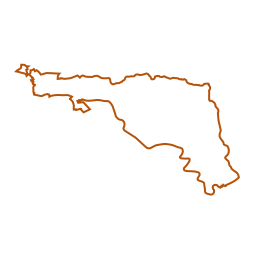 outline of Quang Tri, Quảng Trị, Vietnam, rotated 262°
{"feature_id": "81297802B92774803000720", "entity_name": "Quang Tri", "entity_type": "district", "adm_level": 2, "iso_a3": "VNM", "parent_name": "Vietnam", "parent_adm1": "Quảng Trị", "projection": "equal_earth", "projection_center": [107.145, 16.698], "detail": "fine", "context": "isolated", "style": "outline", "palette": "amber", "viewbox_px": 256, "rotation_deg": 262, "n_neighbors": 0, "source": "geoboundaries", "source_scale": "gbopen_adm2", "svg_char_len": 5845}
<svg xmlns="http://www.w3.org/2000/svg" viewBox="0 0 256 256"><g transform="rotate(262 128 128)"><path d="M63.7,230.9L66.6,230.6L68.9,229.3L70.7,227.2L73.3,224.8L73.9,224.8L75.4,224.3L76.0,223.8L76.9,223.3L77.5,223.2L79.8,223.1L81.3,222.7L82.9,221.3L84.3,220.3L84.7,220.1L85.3,220.2L85.7,220.4L87.1,222.3L88.4,223.6L89.1,223.9L89.7,224.3L90.6,224.5L92.5,224.8L93.1,224.7L94.0,224.6L95.7,224.2L96.2,223.9L97.0,222.8L97.6,221.5L98.1,220.9L98.5,220.6L100.0,220.5L101.0,220.3L104.7,218.2L107.1,217.5L109.1,217.9L112.6,219.5L113.7,219.5L119.0,219.0L122.6,218.7L130.4,219.1L131.0,219.5L132.1,219.8L133.5,219.9L134.2,219.6L137.1,217.8L137.6,217.6L138.8,217.8L140.4,217.3L141.5,216.6L143.1,214.8L143.4,214.1L143.4,213.2L143.5,212.8L143.8,212.6L144.7,212.3L148.5,212.8L152.1,213.4L153.4,213.4L154.0,213.6L154.8,214.4L155.1,214.6L156.6,214.9L157.7,214.8L158.2,214.6L159.2,213.9L159.4,213.9L160.0,214.2L160.5,213.9L160.8,213.5L160.9,213.1L161.1,210.1L161.0,209.6L160.9,209.3L160.5,209.1L159.9,208.2L159.7,207.6L159.7,206.9L159.8,206.2L160.2,204.8L160.7,204.3L160.7,203.1L161.3,201.4L161.5,199.4L161.9,198.4L162.7,197.2L162.9,196.0L163.2,195.4L163.4,194.7L163.9,194.2L164.4,193.3L165.3,192.7L167.1,192.2L167.6,192.0L167.8,191.7L168.1,191.1L168.6,190.4L168.2,189.1L168.2,188.8L168.3,188.5L168.7,188.2L169.0,187.5L168.9,187.1L168.9,186.7L169.1,185.9L169.7,184.9L170.3,184.2L170.5,183.8L170.5,183.1L170.7,182.3L171.4,179.7L171.5,179.3L171.1,178.0L170.9,176.9L171.0,176.3L171.8,174.9L172.6,173.4L172.9,173.0L173.3,171.9L173.7,171.7L174.2,171.2L174.2,170.5L174.1,170.1L173.7,169.0L173.7,168.8L174.3,166.7L175.1,166.0L175.4,164.8L175.4,163.6L175.2,161.9L174.9,161.7L174.0,161.6L173.6,161.3L173.0,160.7L172.8,159.9L172.8,159.4L172.9,158.4L173.2,158.0L175.7,157.3L176.0,157.1L176.8,156.2L177.8,156.0L178.8,155.0L179.3,154.1L179.4,153.8L179.4,153.4L179.1,152.4L179.0,151.2L178.8,150.1L178.7,149.5L178.8,146.9L179.4,146.0L179.6,145.3L179.8,144.3L179.7,143.2L179.5,142.6L178.5,141.6L178.4,140.5L178.5,139.4L178.8,138.6L178.7,137.4L178.7,135.7L179.0,134.9L179.1,134.3L178.8,133.1L178.6,132.8L178.2,132.4L176.4,131.4L175.8,130.5L175.6,129.5L175.5,129.2L174.8,128.7L173.7,125.3L173.7,124.8L174.0,122.9L173.3,119.8L173.7,118.5L174.5,117.7L175.7,117.1L178.8,117.0L179.8,116.6L180.1,115.6L180.4,112.2L180.7,110.2L181.4,108.2L181.7,108.0L183.5,105.6L183.9,104.9L184.1,103.7L184.1,102.3L184.0,101.5L183.7,100.6L183.5,99.4L183.6,98.9L183.9,97.6L184.5,93.8L186.3,90.6L186.2,90.1L185.9,89.1L185.5,88.3L184.6,87.4L185.9,86.4L187.0,85.3L185.7,79.8L185.3,77.2L185.5,72.0L185.7,71.1L186.5,69.4L186.6,68.4L186.3,68.4L186.4,67.2L186.3,66.5L186.4,65.2L188.6,65.6L191.1,67.1L191.4,67.5L193.0,59.3L193.7,55.2L193.6,53.5L193.0,49.8L193.1,49.0L193.9,48.7L195.2,48.0L196.9,46.6L197.9,45.6L197.2,43.7L198.4,43.3L199.1,43.3L199.5,43.0L199.0,42.0L198.6,40.7L198.4,40.0L198.6,39.5L197.9,39.3L196.7,39.3L195.5,38.6L194.5,37.8L194.3,37.8L191.1,40.5L190.8,40.0L189.4,41.1L188.9,40.1L188.7,39.4L188.8,38.7L187.6,39.0L187.8,40.5L187.5,40.8L187.0,40.9L186.2,40.1L185.4,40.2L185.2,39.9L184.9,39.9L184.6,40.1L183.8,41.8L183.2,41.6L183.3,41.1L183.2,40.9L182.6,40.4L180.9,39.7L179.7,39.7L177.0,39.4L176.3,39.4L175.9,40.1L174.8,39.5L174.4,39.5L174.0,39.8L173.9,40.5L171.7,46.3L171.8,48.2L172.2,48.8L172.4,49.4L172.6,50.4L172.8,53.2L172.4,53.6L172.0,54.6L169.9,54.5L170.4,55.9L170.6,57.5L170.7,59.9L170.4,63.7L169.6,67.6L169.1,72.1L168.9,73.2L166.8,76.9L165.6,75.6L165.1,74.5L164.8,74.5L164.1,75.3L162.6,76.3L161.9,76.9L159.0,77.4L157.8,77.5L155.2,77.0L153.8,76.9L153.8,79.0L153.0,79.2L153.6,83.4L153.6,84.1L153.4,84.2L153.0,83.9L149.7,86.2L151.8,92.9L159.8,87.3L159.9,82.2L161.7,81.6L161.8,82.3L161.0,82.7L161.1,83.5L162.1,82.8L162.4,83.1L161.7,84.2L162.3,84.2L162.1,86.3L162.7,86.7L162.0,88.1L160.9,90.6L160.4,93.0L160.2,96.3L160.1,101.0L159.8,102.6L159.3,104.6L158.0,108.3L157.7,109.8L157.6,110.8L157.4,111.8L156.9,112.8L155.8,113.7L153.9,114.9L151.6,115.8L144.0,117.3L142.4,117.4L141.4,117.6L140.1,118.3L139.0,119.1L138.2,119.7L137.8,120.3L137.3,121.4L137.0,122.4L136.6,123.3L135.5,124.3L134.4,124.9L133.4,125.1L132.5,125.1L130.9,124.8L129.7,124.2L128.5,123.4L127.9,123.5L126.9,123.7L125.6,124.6L117.5,134.1L115.8,135.5L107.4,142.4L105.6,144.1L105.2,144.9L105.0,145.7L104.9,146.6L105.0,147.5L106.6,152.0L107.0,153.6L107.1,155.4L107.2,160.6L107.0,162.8L106.3,165.5L105.1,169.2L104.5,170.4L102.7,173.5L101.0,177.2L100.3,178.4L99.9,178.7L99.5,178.9L97.6,179.1L96.8,179.0L95.1,178.2L94.4,177.7L93.8,177.2L92.5,175.7L92.1,175.4L91.5,175.4L91.1,175.7L90.7,176.1L90.1,178.4L89.7,180.4L89.4,183.3L89.2,184.1L88.7,184.6L87.9,184.6L87.1,184.4L86.4,184.0L85.4,183.2L82.6,180.5L80.7,178.1L80.2,177.7L79.6,177.6L78.6,177.8L78.2,178.0L77.9,178.5L77.3,179.8L76.9,181.5L76.4,184.6L75.5,188.5L74.4,191.2L73.8,192.0L73.4,192.3L72.8,192.5L72.0,192.4L71.4,192.3L69.4,190.7L68.0,189.8L67.3,189.8L67.0,189.9L66.1,190.9L64.5,194.0L64.0,194.7L63.6,195.2L63.1,195.6L62.2,195.7L59.6,195.6L57.2,195.7L54.4,195.4L53.2,195.7L52.6,196.2L51.7,197.8L50.7,200.1L50.5,201.0L50.6,202.1L50.7,202.5L51.0,203.1L51.3,203.5L52.2,204.1L53.0,204.4L53.8,204.4L54.5,204.6L56.0,203.7L57.4,203.6L58.9,204.3L59.5,205.5L59.6,206.0L59.4,207.4L59.2,207.9L58.8,208.3L58.3,208.7L58.0,208.8L57.5,209.1L56.9,210.2L56.5,210.3L56.1,211.1L56.7,211.6L56.8,211.9L56.7,212.5L57.7,212.6L57.6,212.8L57.3,212.9L57.2,213.2L57.8,213.4L57.9,213.7L58.0,214.1L58.5,214.4L58.3,214.6L57.3,215.1L57.3,216.1L56.9,216.4L56.9,216.6L57.1,216.8L57.6,216.7L58.4,219.2L58.8,220.8L60.6,225.8L61.6,227.8L63.2,230.4L63.7,230.9ZM205.5,31.1L202.8,30.6L202.3,30.2L201.7,29.2L200.6,26.5L199.6,25.1L199.2,26.2L198.9,27.3L197.8,29.5L196.9,31.9L196.2,33.5L195.2,34.5L194.7,34.7L193.7,34.8L195.1,36.8L196.2,35.8L199.8,35.3L200.2,36.7L202.2,36.5L202.9,37.8L203.5,35.7L203.8,35.2L204.8,34.5L205.0,33.9L205.2,33.4L205.2,32.4L205.5,31.1Z" fill="none" stroke="#b45309" stroke-width="2"/></g></svg>